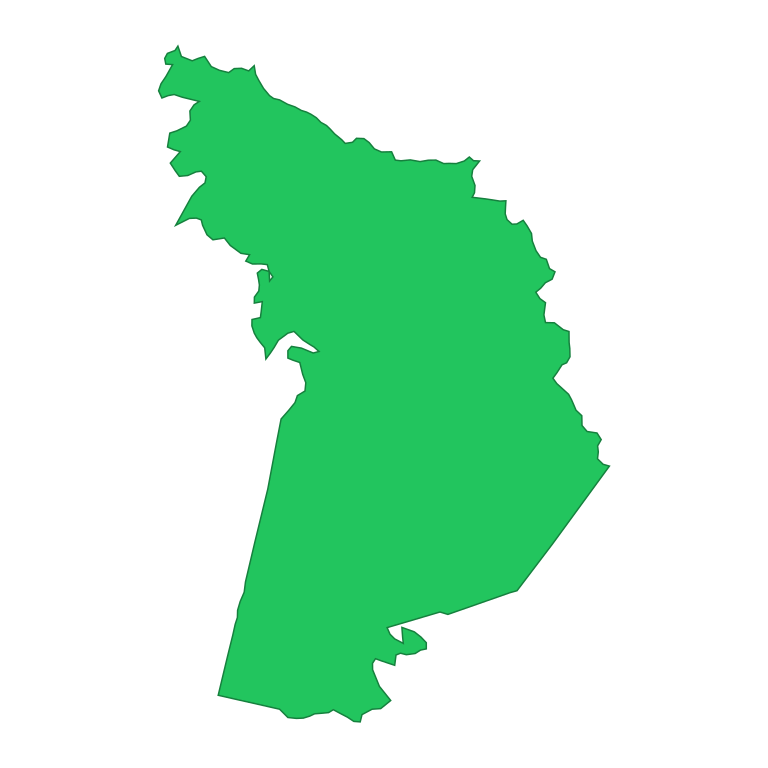 outline of Tomazina, Paraná, Brazil
{"feature_id": "56859067B70254716522130", "entity_name": "Tomazina", "entity_type": "district", "adm_level": 2, "iso_a3": "BRA", "parent_name": "Brazil", "parent_adm1": "Paraná", "projection": "orthographic", "projection_center": [-49.982, -23.721], "detail": "fine", "context": "isolated", "style": "filled", "palette": "green", "viewbox_px": 768, "rotation_deg": 0, "n_neighbors": 0, "source": "geoboundaries", "source_scale": "gbopen_adm2", "svg_char_len": 3187}
<svg xmlns="http://www.w3.org/2000/svg" viewBox="0 0 768 768"><path d="M447.9,614.4L509.9,592.7L517.0,590.7L552.6,543.8L609.4,466.1L603.1,464.3L597.5,458.8L598.3,451.9L597.6,445.9L601.2,439.6L597.0,433.0L587.1,431.5L582.0,425.5L581.8,415.7L576.0,410.2L573.9,405.2L571.5,399.7L568.6,394.3L556.8,383.6L552.9,378.2L556.8,372.9L562.0,364.8L566.6,362.8L570.0,356.8L569.8,348.5L569.1,342.4L569.0,331.5L563.2,329.7L554.4,322.8L545.5,322.6L543.9,314.9L545.5,302.7L539.9,298.6L535.8,292.2L540.7,288.2L545.4,282.7L552.1,279.2L555.0,271.8L549.5,268.6L546.3,259.3L540.5,257.3L536.0,250.7L532.3,241.1L531.5,233.5L527.1,225.9L523.2,220.3L516.8,224.0L512.0,224.2L507.0,219.6L505.2,213.8L505.5,207.4L505.9,200.8L499.9,201.1L493.0,200.0L485.6,198.9L472.2,197.3L474.5,192.7L475.0,185.5L471.7,176.3L472.7,169.7L479.6,161.0L473.5,160.7L469.3,157.0L464.3,161.0L456.3,163.6L449.1,163.4L443.7,163.6L436.0,160.1L428.3,160.2L420.1,161.6L410.3,159.9L400.9,160.8L395.3,160.1L391.6,151.8L381.5,152.0L374.4,148.9L369.2,142.6L363.9,138.6L356.5,138.3L352.5,142.3L345.2,143.4L341.7,139.7L334.6,133.9L330.4,129.3L326.5,125.5L320.9,122.4L316.4,117.8L311.0,114.3L306.6,112.1L301.2,110.4L295.0,106.9L287.6,104.3L279.6,99.9L273.6,98.5L269.5,95.6L263.5,88.4L258.8,80.4L255.6,74.3L254.2,65.7L248.7,70.9L241.6,68.3L234.2,68.6L228.7,72.6L219.4,70.3L211.3,66.6L204.6,56.4L198.2,58.4L192.2,60.8L181.4,56.5L177.9,46.1L175.0,50.5L167.4,53.4L164.7,58.4L165.8,64.1L172.6,64.6L166.0,76.4L161.0,83.8L158.6,90.8L161.9,98.0L168.2,95.6L174.2,94.5L182.2,97.2L199.3,101.4L194.0,104.9L189.9,111.0L190.4,120.2L186.4,126.1L176.9,130.8L169.8,133.1L167.5,147.0L174.0,149.8L180.3,151.6L170.3,163.1L175.3,170.8L179.3,176.3L187.8,175.5L195.9,171.9L201.4,171.2L206.2,176.7L205.0,182.9L199.4,187.3L191.8,196.2L186.7,205.4L175.7,225.3L189.4,218.4L196.4,218.1L201.3,219.9L202.6,225.3L207.0,234.8L212.9,239.8L224.4,238.0L230.3,245.5L240.9,253.3L249.6,254.7L245.8,261.1L252.5,264.0L261.0,263.9L267.3,264.6L269.1,271.4L261.8,269.4L257.3,273.1L258.6,279.7L259.4,285.0L258.8,291.0L254.4,297.1L254.3,303.1L262.3,301.6L261.2,311.5L260.4,317.6L252.0,319.5L251.9,325.9L254.3,333.2L256.8,337.7L260.2,342.3L264.7,347.8L265.9,359.0L270.4,353.0L274.1,347.5L278.4,340.2L287.8,333.2L294.0,331.4L302.9,340.0L309.7,344.4L314.0,347.0L319.0,351.5L313.2,353.0L301.4,348.1L291.5,346.4L287.9,350.7L287.9,358.1L292.7,360.1L299.8,362.5L302.7,374.3L305.8,382.7L305.0,391.0L297.4,395.6L295.0,402.6L288.5,410.6L281.1,419.0L276.5,442.7L267.8,489.0L254.7,542.8L253.1,549.6L245.5,581.8L244.2,592.2L240.2,601.5L237.6,610.3L237.4,617.5L235.2,624.3L232.8,635.1L227.6,656.1L218.2,695.3L279.6,709.2L287.9,717.5L296.4,718.4L303.3,718.1L309.8,716.1L314.6,713.8L321.0,713.3L328.6,712.6L333.3,709.7L340.4,713.5L347.5,717.2L353.8,721.4L360.2,721.9L362.0,714.6L372.1,709.2L380.7,708.6L390.7,700.5L383.1,691.0L379.4,686.4L372.6,669.7L372.5,663.3L375.5,658.7L382.1,661.1L394.7,665.3L396.0,655.0L400.5,653.2L406.3,654.7L415.2,653.5L420.5,650.1L426.3,648.9L426.3,642.7L421.0,637.1L414.4,631.9L401.9,627.4L402.6,636.9L403.3,643.4L394.7,638.9L390.0,634.2L387.1,627.6L440.0,612.0L447.9,614.4ZM269.1,271.4L272.9,276.9L269.6,281.0L269.1,271.4Z" fill="#22c55e" stroke="#15803d" stroke-width="1.5"/></svg>